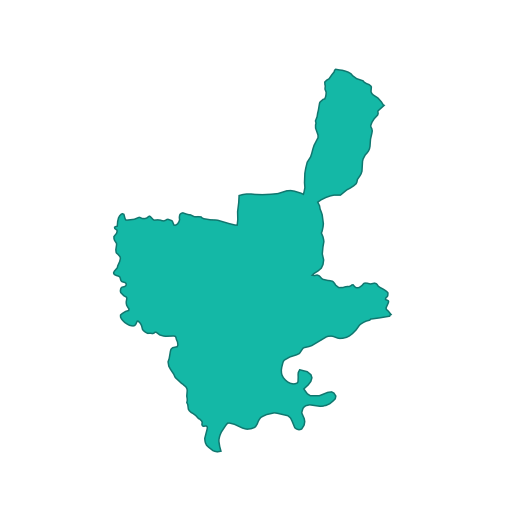 Tsendagang, Daga, Bhutan (Mercator projection), rotated 12°
{"feature_id": "84629894B97971916223830", "entity_name": "Tsendagang", "entity_type": "district", "adm_level": 2, "iso_a3": "BTN", "parent_name": "Bhutan", "parent_adm1": "Daga", "projection": "mercator", "projection_center": [89.946, 26.88], "detail": "fine", "context": "isolated", "style": "filled", "palette": "teal", "viewbox_px": 512, "rotation_deg": 12, "n_neighbors": 0, "source": "geoboundaries", "source_scale": "gbopen_adm2", "svg_char_len": 6124}
<svg xmlns="http://www.w3.org/2000/svg" viewBox="0 0 512 512"><g transform="rotate(12 256 256)"><path d="M400.3,285.2L396.8,282.4L394.6,281.1L394.0,279.8L395.1,274.5L395.2,273.2L394.8,272.4L393.8,272.0L392.3,271.8L391.6,271.3L391.8,269.7L392.7,268.6L393.1,267.6L392.9,265.5L392.6,264.5L391.1,263.5L389.0,262.6L387.1,261.9L383.6,260.9L381.8,260.1L380.4,258.7L379.4,258.1L377.6,257.9L373.7,259.6L370.4,259.5L368.3,259.8L367.1,260.5L365.9,262.7L364.6,264.2L363.3,265.5L361.4,266.1L360.2,266.1L358.8,265.4L357.0,264.0L355.9,264.3L355.0,265.4L353.5,266.5L351.9,266.8L349.7,267.6L347.6,268.8L343.5,269.7L340.0,268.0L338.7,266.6L336.9,265.2L335.9,264.8L332.9,264.8L331.4,265.0L326.1,264.9L324.7,264.2L322.8,262.8L321.7,262.2L319.7,261.9L317.3,263.0L315.0,263.1L316.2,261.2L319.9,257.6L322.4,254.3L323.3,250.4L323.0,245.8L320.4,240.2L319.6,233.3L319.4,227.9L318.8,226.1L317.5,223.3L315.2,220.0L315.5,217.7L315.5,213.5L315.2,210.5L312.2,202.0L310.7,199.4L308.9,196.7L307.7,193.7L305.2,190.5L308.0,187.5L312.2,184.2L316.3,181.7L319.7,180.2L325.9,178.9L331.1,172.4L334.0,170.0L336.9,167.1L338.9,164.5L339.3,162.7L339.3,160.0L341.0,155.9L341.7,153.7L342.0,151.0L340.5,141.1L340.6,138.8L341.8,134.5L343.2,132.1L344.2,129.8L344.7,127.6L344.7,125.1L343.7,117.8L343.8,111.8L343.7,109.5L342.8,107.4L341.6,106.0L341.1,104.7L341.3,103.1L341.7,100.8L343.1,97.1L345.7,92.8L345.8,91.1L345.1,89.3L345.3,88.5L350.0,82.0L349.0,81.7L346.6,79.2L342.4,76.1L337.2,74.1L335.5,73.0L334.3,71.3L333.7,66.7L332.9,65.8L330.8,64.8L328.2,64.4L325.7,63.5L324.3,62.4L317.5,61.6L313.1,59.6L311.0,58.0L308.0,57.0L305.0,56.6L302.0,56.4L298.6,56.7L295.1,56.8L294.6,57.4L294.2,58.5L294.2,59.6L292.4,63.2L290.6,67.5L288.6,69.3L287.1,71.6L287.9,74.3L288.4,75.1L288.7,77.8L288.9,78.6L290.4,80.9L290.7,81.8L290.9,83.6L291.0,85.4L290.6,88.1L289.1,88.8L286.9,91.7L286.5,92.5L286.4,93.4L286.7,100.6L286.6,103.4L286.8,107.0L286.1,111.5L287.1,113.6L287.0,115.4L287.7,118.5L291.5,124.8L292.1,127.3L289.8,135.6L289.4,139.5L289.2,144.0L288.8,147.7L286.6,153.6L286.4,159.8L286.6,164.9L288.2,174.2L289.6,178.9L289.7,183.4L289.5,185.8L286.9,185.2L280.0,184.6L276.2,184.8L272.4,185.9L264.5,190.4L257.8,192.5L249.5,194.7L242.1,196.0L238.2,196.4L234.0,197.3L230.4,198.6L226.9,200.4L228.0,207.3L228.8,216.5L230.6,224.1L231.2,229.7L229.3,230.1L222.9,229.9L211.3,229.0L209.0,229.2L203.8,230.1L197.1,230.4L195.1,229.9L194.2,229.2L191.1,229.6L189.3,230.1L187.5,230.4L183.4,229.4L181.5,229.6L179.5,229.5L175.5,229.0L174.2,229.7L173.3,230.6L172.9,231.6L172.9,233.1L173.1,234.6L173.7,236.2L173.6,238.2L172.7,240.8L171.7,241.9L170.5,242.8L169.3,242.8L166.9,239.3L166.1,238.9L162.2,238.4L161.1,238.9L160.0,240.0L158.4,240.9L156.2,241.0L155.4,240.8L152.3,241.1L149.0,242.1L147.9,241.8L144.4,239.4L143.5,239.2L142.8,239.7L141.1,241.7L139.2,242.6L136.9,243.0L134.2,242.4L133.3,242.7L129.3,245.4L122.2,247.8L121.1,247.8L120.1,246.6L118.1,242.7L116.6,242.4L115.5,243.1L114.3,245.0L113.6,247.3L113.5,251.0L114.1,255.7L112.3,256.6L111.7,257.3L112.2,258.5L114.6,259.6L115.0,260.5L114.9,262.8L113.0,266.5L113.5,268.6L114.4,270.1L116.9,272.6L117.3,274.0L117.6,279.0L118.4,281.4L118.9,282.1L120.4,282.9L123.1,284.9L123.7,286.1L123.9,286.9L123.8,289.8L122.8,294.4L122.8,296.3L120.7,300.1L120.2,301.8L120.5,302.8L121.4,303.6L123.4,304.1L125.8,304.3L127.2,304.9L127.9,306.0L128.7,307.7L129.7,308.7L130.5,309.0L133.4,309.2L134.5,309.8L134.9,310.5L135.0,311.6L134.7,312.4L133.7,313.3L131.4,314.4L130.8,315.2L130.5,316.3L130.6,318.4L131.3,319.9L133.1,321.1L134.9,322.3L137.6,323.1L138.3,323.8L138.5,324.9L138.6,327.9L139.0,329.4L139.7,331.0L141.7,333.3L142.5,333.8L142.8,334.5L142.7,335.8L140.0,337.3L137.2,340.0L135.8,341.8L135.9,342.7L136.3,344.0L137.3,345.3L138.8,346.6L141.4,348.3L144.2,349.4L146.6,350.1L149.2,350.1L150.5,349.9L151.7,349.3L152.5,348.1L153.4,344.4L154.2,344.2L156.2,345.4L157.6,346.7L158.7,348.2L160.3,351.5L161.6,352.5L163.4,353.4L166.0,354.2L168.8,353.5L171.0,353.4L172.2,352.7L173.0,351.6L173.9,351.3L175.1,351.7L178.2,353.2L182.2,353.5L184.4,353.3L192.2,351.3L193.7,351.4L194.5,352.1L195.5,354.2L197.1,356.4L198.1,359.3L197.8,361.1L193.6,363.0L192.5,364.4L192.2,365.2L192.1,367.0L192.4,374.3L192.0,377.8L193.6,381.9L195.9,384.6L200.2,388.8L201.9,391.2L202.7,391.9L209.5,396.0L211.3,396.7L212.0,397.2L214.5,398.5L216.0,400.1L216.7,401.9L217.4,407.4L218.4,410.0L218.8,411.7L218.8,413.8L220.1,415.4L221.7,419.9L222.9,421.2L225.2,422.6L227.0,423.1L230.3,424.6L233.2,426.7L233.9,427.1L234.7,427.1L237.0,428.6L237.6,429.3L238.0,430.1L238.1,431.9L238.5,432.7L239.1,433.3L240.0,433.5L242.5,432.6L243.4,432.9L244.0,433.6L244.2,435.3L243.8,445.1L244.6,447.6L245.4,449.3L247.0,451.4L249.4,452.9L254.3,455.3L256.2,455.6L258.9,455.6L262.3,454.2L260.1,449.9L258.3,445.2L257.9,443.3L257.9,440.3L258.1,438.3L258.7,435.4L261.6,428.0L263.0,425.4L264.9,424.9L269.9,425.1L278.6,427.1L281.5,427.3L283.5,427.2L287.2,425.9L289.8,424.3L290.5,423.7L291.1,422.9L292.1,420.1L292.6,417.1L293.2,415.2L294.0,413.4L294.6,412.6L296.1,411.3L299.3,408.9L306.5,405.6L309.5,405.4L320.4,405.6L323.0,407.0L323.7,407.6L325.6,410.0L329.5,415.7L330.3,416.3L332.2,416.9L334.2,417.0L336.0,416.2L336.7,415.6L338.1,411.8L338.2,410.9L338.1,407.9L337.0,405.1L333.5,400.2L333.3,399.3L333.6,395.3L334.5,393.6L335.8,392.1L339.4,390.4L349.9,389.7L352.8,388.9L354.5,387.9L355.4,387.7L358.8,385.2L361.6,381.7L363.2,379.2L363.2,376.4L360.7,373.9L358.2,373.2L354.5,374.5L347.0,379.5L338.2,381.4L334.8,380.1L330.4,376.1L333.8,371.3L335.7,367.3L336.0,363.5L334.4,360.7L330.1,358.5L322.4,358.2L321.6,361.1L321.8,363.0L322.5,365.9L323.2,370.0L323.1,370.9L322.7,371.7L320.9,372.8L319.0,373.4L316.0,373.4L313.1,372.6L310.5,371.2L308.1,369.4L306.2,367.1L305.3,365.3L304.5,362.4L304.3,359.4L304.5,354.4L305.0,352.5L305.6,351.7L310.1,347.7L316.1,344.3L318.5,342.5L319.0,341.7L320.9,337.0L321.4,336.2L322.2,335.6L326.7,333.5L329.2,332.0L341.6,320.5L343.3,319.5L346.2,318.7L348.2,318.6L353.1,319.3L355.1,319.2L358.0,318.4L361.5,316.7L363.9,314.8L366.5,311.8L369.2,307.6L371.6,302.1L372.8,300.6L375.0,298.5L377.4,296.7L380.6,295.1L381.2,293.9L389.8,290.8L399.2,287.1L399.5,285.8L400.3,285.2Z" fill="#14b8a6" stroke="#0f766e" stroke-width="1.5"/></g></svg>